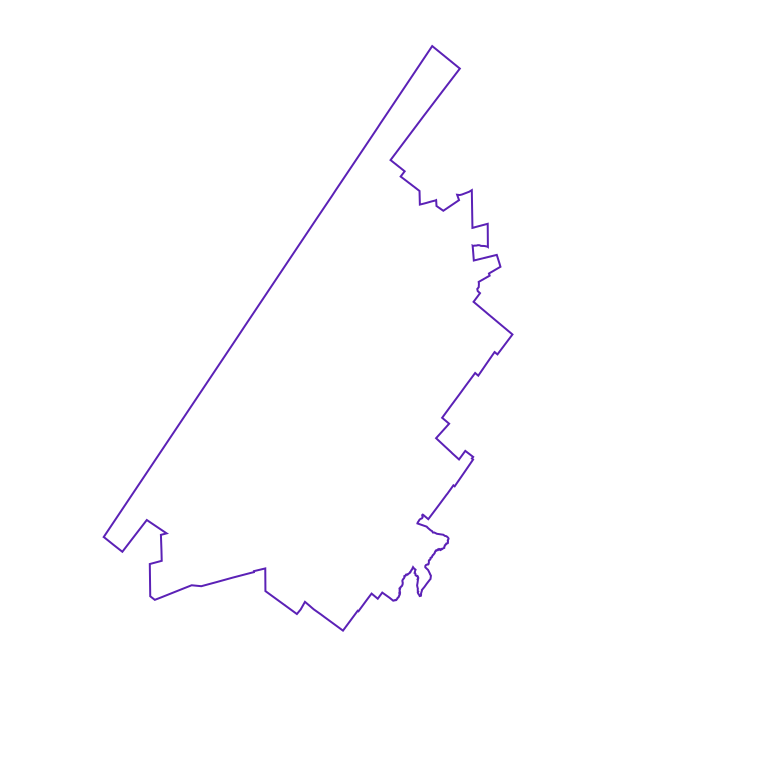 Mount Isa, Queensland, Australia (Equal Earth projection), rotated 34°
{"feature_id": "25037944B13114344079677", "entity_name": "Mount Isa", "entity_type": "district", "adm_level": 2, "iso_a3": "AUS", "parent_name": "Australia", "parent_adm1": "Queensland", "projection": "equal_earth", "projection_center": [139.561, -19.747], "detail": "fine", "context": "isolated", "style": "outline", "palette": "violet", "viewbox_px": 768, "rotation_deg": 34, "n_neighbors": 0, "source": "geoboundaries", "source_scale": "gbopen_adm2", "svg_char_len": 5767}
<svg xmlns="http://www.w3.org/2000/svg" viewBox="0 0 768 768"><g transform="rotate(34 384 384)"><path d="M463.2,610.4L464.5,610.5L467.4,610.6L487.9,611.4L489.0,586.7L489.9,586.7L490.4,574.6L490.6,570.2L490.9,564.7L498.9,565.5L499.2,557.9L508.0,558.1L512.8,558.5L513.3,557.8L513.6,557.7L513.8,557.4L514.0,556.8L514.1,556.7L514.4,556.8L514.7,556.7L515.0,556.2L515.0,555.5L515.0,555.0L515.1,554.7L515.0,554.4L514.9,554.1L514.9,553.9L515.1,553.6L515.0,553.2L515.1,552.9L515.3,552.5L515.2,551.9L515.0,551.6L515.0,551.1L514.8,550.8L514.7,550.4L514.9,550.1L514.9,549.8L514.8,549.6L514.4,549.3L514.4,548.8L514.2,548.4L513.6,548.7L513.4,548.4L513.3,548.2L513.4,547.8L513.3,547.4L513.2,547.1L512.9,546.9L512.6,546.8L512.5,546.4L511.9,545.7L512.0,545.1L511.8,544.6L511.5,544.5L511.2,544.5L511.4,543.7L511.3,543.3L511.5,543.0L511.4,542.4L511.7,541.9L511.8,541.0L511.6,540.3L511.4,539.9L511.4,539.5L510.9,538.7L510.7,538.3L510.3,537.9L510.2,537.9L509.8,537.4L509.5,537.1L509.3,537.0L509.2,536.7L509.0,536.0L509.1,535.3L509.0,535.2L509.1,534.4L509.2,533.7L509.1,533.2L508.9,532.9L509.0,532.7L508.8,532.3L508.3,531.9L508.4,531.7L508.6,531.6L508.7,531.4L508.9,531.2L509.1,530.8L509.1,530.6L508.9,530.6L508.8,530.1L509.0,529.8L509.0,529.5L509.3,529.5L509.5,529.4L509.9,529.2L510.1,529.0L510.2,528.8L510.1,528.3L510.1,528.1L510.4,527.8L510.7,526.9L510.8,526.4L511.0,526.2L510.9,525.9L510.8,525.3L511.1,525.1L511.1,524.8L510.9,524.3L510.9,523.5L510.8,523.3L510.8,522.7L510.8,522.1L511.0,522.0L511.0,521.6L510.8,521.3L510.8,521.0L510.6,520.6L510.6,520.2L510.5,519.6L511.9,520.1L514.0,520.3L514.2,521.2L514.3,521.6L514.4,521.9L514.5,522.2L514.6,522.4L514.7,522.5L515.0,523.5L515.5,523.4L516.4,523.9L516.8,524.7L517.4,524.9L518.5,524.9L519.0,524.4L519.8,524.7L520.0,525.0L520.3,525.5L520.6,525.5L520.9,525.6L521.0,525.8L521.0,526.7L521.0,527.0L521.4,527.1L521.4,527.4L521.7,527.5L522.9,529.9L523.5,531.2L523.8,531.9L523.9,532.2L524.3,532.7L525.3,533.7L526.6,534.8L526.9,535.5L527.2,536.0L527.6,536.4L527.9,536.9L528.1,536.9L528.4,537.2L528.5,537.2L528.5,537.4L528.6,538.0L529.7,538.7L529.8,538.7L532.0,539.6L532.2,539.8L533.0,539.0L532.7,538.1L532.0,537.2L531.8,536.8L530.9,533.9L530.6,533.6L531.0,529.6L531.1,525.7L531.3,522.7L531.4,521.2L531.4,520.8L531.6,519.7L530.1,516.7L529.8,516.6L529.6,516.4L528.6,516.0L528.5,515.8L527.8,515.4L527.5,515.2L524.5,513.5L523.2,513.3L520.8,512.9L520.2,512.1L520.1,511.9L520.0,511.7L520.0,510.7L520.6,509.7L521.1,509.1L521.4,509.1L521.5,509.0L521.6,508.3L521.3,507.9L521.3,507.4L519.9,505.2L520.0,504.6L520.2,504.4L520.3,504.3L520.2,504.1L520.4,503.1L520.1,502.7L520.0,502.4L519.9,502.3L519.8,502.1L519.9,501.9L520.1,502.0L520.1,501.6L520.4,501.3L520.4,501.0L520.4,500.9L520.5,500.6L520.4,500.2L520.2,499.7L520.2,499.3L520.3,499.0L520.3,498.9L520.2,498.7L520.3,498.4L520.2,498.3L520.2,498.2L520.5,497.6L520.5,496.6L520.6,496.3L520.5,495.9L520.5,495.5L520.3,495.3L520.2,494.7L520.1,494.0L520.1,493.5L520.2,492.9L520.6,493.0L520.7,492.7L520.8,492.6L520.9,492.2L521.0,491.7L521.3,491.9L521.6,491.7L521.7,491.3L521.8,491.0L521.8,490.7L521.8,490.2L522.0,490.1L522.0,489.9L522.3,489.8L522.8,490.2L523.0,490.2L523.3,490.1L523.6,490.2L523.8,490.1L523.9,489.9L523.7,488.9L523.7,488.6L523.8,488.5L524.2,488.4L524.6,488.3L524.7,488.0L524.9,487.2L525.1,486.8L525.6,486.2L525.0,485.1L524.9,484.7L525.0,484.3L524.8,483.8L524.7,483.7L524.9,483.2L524.8,482.8L525.1,482.3L525.1,481.9L524.9,481.7L524.9,481.3L525.3,481.0L525.8,480.6L525.9,480.1L525.3,479.2L525.0,478.8L524.9,478.4L524.6,478.2L524.3,478.0L524.3,477.7L524.2,477.6L524.2,476.7L524.0,476.1L523.4,475.7L522.2,475.4L520.9,475.3L519.2,475.9L517.5,475.8L511.6,478.6L508.7,479.0L507.6,479.8L506.2,479.1L504.3,479.2L500.3,478.7L500.2,478.6L499.1,478.4L489.7,480.9L489.5,480.2L489.4,480.0L489.4,479.5L489.4,477.3L489.3,476.8L489.4,476.4L489.7,475.5L490.6,474.1L490.6,473.3L490.5,472.8L490.2,472.6L489.8,472.0L489.5,471.9L489.0,471.4L489.2,470.6L489.9,470.6L496.3,471.3L497.0,457.9L497.1,455.9L497.4,449.3L497.8,440.4L497.9,440.0L498.2,429.2L499.8,429.3L500.0,411.9L500.1,396.8L498.5,396.6L498.7,394.6L493.8,394.3L493.7,394.3L488.8,394.0L488.4,404.6L479.3,403.3L477.9,403.0L468.8,401.6L457.5,399.8L457.8,397.6L460.2,380.5L451.1,379.5L451.6,366.3L452.3,351.2L452.7,339.7L453.4,323.9L457.5,324.4L457.6,310.7L457.8,295.7L461.5,296.0L462.8,271.1L432.8,268.0L412.3,265.8L412.8,255.3L412.8,255.0L409.8,254.6L408.2,253.1L408.4,250.8L406.7,247.9L405.4,246.4L411.0,235.1L409.2,233.7L413.6,224.6L415.0,221.7L412.1,219.3L405.3,213.9L389.4,231.4L384.1,224.7L380.4,220.1L380.2,219.8L380.1,219.7L380.5,219.6L380.8,219.5L381.2,219.2L381.6,218.7L382.1,218.3L383.0,217.7L383.6,217.2L383.9,216.7L384.5,216.2L385.3,215.7L386.3,215.4L387.1,215.3L387.4,215.1L388.6,214.4L389.3,213.9L390.6,213.2L391.9,212.7L392.3,212.5L393.1,212.3L393.5,212.3L380.4,193.2L370.0,205.1L348.4,174.2L347.1,177.0L342.6,183.4L341.1,185.0L338.8,186.2L343.4,189.6L336.3,207.2L328.0,207.1L324.5,202.5L324.4,202.4L324.0,203.1L321.3,206.1L317.6,210.5L316.2,212.1L313.4,215.2L305.5,204.1L281.8,202.7L282.2,196.1L264.2,194.7L266.5,149.9L267.0,140.0L268.1,120.8L268.4,115.5L268.8,108.5L270.5,80.1L235.0,76.9L235.3,162.9L235.3,169.8L235.4,175.3L235.5,199.8L235.6,250.2L235.7,256.9L235.7,282.5L235.7,285.4L236.2,413.7L236.3,425.0L236.6,498.6L237.0,612.5L237.2,667.6L237.8,667.6L249.8,668.6L260.9,669.4L261.7,656.3L261.7,656.2L263.4,629.4L279.0,629.4L287.3,629.4L283.4,633.8L292.7,646.6L298.6,654.9L290.5,664.2L308.9,690.7L314.7,691.1L318.6,685.5L332.9,664.5L337.1,658.4L345.6,653.8L356.0,641.8L366.6,629.4L379.9,614.3L381.4,612.7L380.8,611.9L388.7,603.3L401.5,622.0L440.4,623.4L441.0,617.5L440.3,608.8L446.8,609.5L449.1,609.8L450.0,609.9L451.8,610.1L460.5,610.3L461.1,610.3L461.5,610.3L461.9,610.4L463.2,610.4Z" fill="none" stroke="#5b21b6" stroke-width="2"/></g></svg>